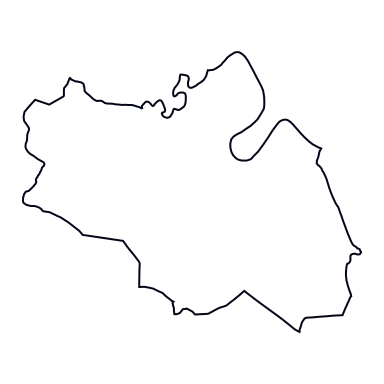 Kota Pangkal Pinang, Bangka-Belitung, Indonesia
{"feature_id": "22746128B92282941938888", "entity_name": "Kota Pangkal Pinang", "entity_type": "district", "adm_level": 2, "iso_a3": "IDN", "parent_name": "Indonesia", "parent_adm1": "Bangka-Belitung", "projection": "robinson", "projection_center": [106.108, -2.109], "detail": "fine", "context": "isolated", "style": "outline", "palette": "ink", "viewbox_px": 384, "rotation_deg": 0, "n_neighbors": 0, "source": "geoboundaries", "source_scale": "gbopen_adm2", "svg_char_len": 5831}
<svg xmlns="http://www.w3.org/2000/svg" viewBox="0 0 384 384"><path d="M139.2,287.0L144.4,286.8L149.8,287.8L153.4,288.7L158.2,291.1L162.4,292.9L166.5,296.7L172.0,300.9L173.4,301.7L172.9,302.0L172.7,302.3L172.6,302.7L172.5,303.0L172.8,303.7L173.1,305.7L173.9,307.9L173.9,310.5L174.4,314.2L176.9,314.1L179.9,313.0L182.8,309.2L186.6,308.8L186.7,308.6L192.3,311.5L195.1,314.5L208.1,313.8L217.4,308.8L219.7,307.7L224.4,306.3L226.6,305.4L229.7,302.9L233.6,299.9L239.5,295.1L244.2,290.9L253.5,298.1L261.0,303.7L277.1,315.4L282.8,319.7L289.7,325.2L294.4,329.1L297.0,330.7L299.5,331.9L299.7,329.5L300.7,326.7L301.5,323.7L302.4,321.6L304.6,318.5L306.3,317.7L312.3,317.4L318.9,316.8L327.4,316.2L333.8,315.6L342.5,315.2L345.2,308.7L350.1,297.8L350.9,296.2L351.2,296.1L350.7,293.8L349.4,290.5L348.7,288.1L348.1,286.6L347.4,284.0L347.4,283.7L346.5,280.6L345.9,274.7L346.2,268.6L347.0,264.1L347.3,263.7L348.5,263.4L349.2,262.7L350.1,261.4L350.4,260.3L350.5,258.5L350.3,258.0L350.5,255.8L351.3,254.5L351.5,254.4L352.4,254.1L353.6,253.8L354.6,253.7L356.1,254.0L357.0,254.4L358.5,254.5L359.8,254.2L360.5,253.3L360.9,252.7L361.0,251.6L360.0,250.6L359.7,249.3L359.2,248.9L357.3,248.3L357.3,248.1L357.5,248.1L357.1,247.9L355.4,246.5L354.2,245.8L352.9,244.7L352.1,243.3L351.1,241.5L350.0,238.8L347.9,233.8L346.7,230.6L345.7,228.0L344.1,223.5L343.8,222.8L342.8,220.1L341.2,215.1L340.2,212.9L339.7,211.3L338.8,208.6L338.3,207.4L337.8,206.5L336.8,205.2L335.9,203.7L334.8,201.5L332.0,195.3L330.5,191.4L329.1,187.5L328.0,183.8L327.2,181.2L326.5,179.0L325.4,176.3L323.3,172.0L322.4,170.8L321.6,168.9L321.0,167.8L320.4,167.2L320.1,166.8L319.3,165.9L318.4,165.4L317.7,164.8L317.3,164.1L316.8,163.6L316.7,163.4L316.9,160.8L318.4,156.6L319.2,152.8L319.2,152.7L319.4,151.7L321.2,148.5L318.0,147.2L312.8,144.4L308.7,141.2L304.1,136.9L300.3,132.8L292.9,124.4L290.1,121.7L287.5,120.0L285.2,119.6L283.1,119.9L281.0,120.7L279.2,121.9L277.2,124.2L272.6,130.4L267.5,138.4L263.4,144.4L258.1,151.6L254.6,155.1L250.8,159.2L247.1,160.5L241.6,160.5L238.5,159.7L236.0,158.3L233.2,155.3L231.5,152.2L230.4,147.8L230.3,143.6L231.3,139.3L233.6,136.5L237.2,134.2L241.2,132.3L246.0,128.9L250.7,125.8L254.8,122.1L257.6,119.3L260.5,114.6L263.7,109.1L264.1,107.2L264.3,104.8L264.3,101.2L264.1,96.5L263.1,90.5L261.4,86.4L256.5,77.1L253.7,71.6L251.1,66.8L248.0,61.0L244.9,56.5L242.1,54.0L239.3,52.3L237.4,52.1L235.6,52.3L234.2,52.8L232.3,54.0L229.9,55.5L227.2,57.7L224.6,60.9L222.7,62.8L221.2,64.8L220.2,65.6L218.3,66.9L216.5,68.1L213.9,69.6L212.3,69.9L209.4,70.3L207.9,70.2L207.2,72.3L206.1,76.3L204.8,78.3L203.5,80.2L202.0,81.3L200.8,82.3L198.1,83.9L196.2,85.6L193.4,87.0L192.5,87.5L191.6,87.7L190.5,87.9L189.4,87.4L188.5,86.7L188.1,85.2L187.9,83.5L188.1,81.4L188.7,80.1L188.8,78.4L188.6,77.3L187.9,76.2L186.5,75.4L182.1,74.6L180.5,74.6L180.1,75.4L179.8,77.5L179.7,79.3L179.4,80.6L178.0,83.5L177.3,84.6L176.6,85.6L175.0,87.4L174.3,88.6L173.4,90.8L173.2,92.2L173.1,93.6L173.4,95.3L173.8,96.1L174.5,96.4L175.5,96.0L176.8,95.0L177.5,94.0L178.6,93.0L180.1,92.6L181.5,92.6L182.8,92.5L183.9,92.9L184.9,93.3L185.4,94.3L185.8,95.9L185.8,98.6L185.8,99.6L185.6,102.1L185.0,104.7L184.0,106.5L182.7,107.5L181.0,108.8L179.2,109.9L177.9,110.0L176.9,109.5L176.1,109.4L175.2,109.0L173.9,108.9L173.4,109.5L173.1,110.7L172.8,112.0L172.2,113.4L171.6,114.4L170.9,115.4L170.4,116.4L169.7,116.9L168.6,117.5L167.1,117.8L165.8,117.5L164.5,117.0L163.5,116.5L162.7,115.5L162.1,114.6L161.8,113.3L162.3,112.6L163.3,112.4L164.8,111.6L165.1,110.6L165.0,108.9L163.3,104.4L162.2,102.0L161.4,101.0L160.9,100.5L160.1,100.3L159.3,100.3L158.1,100.9L155.8,102.9L155.0,103.7L154.5,104.4L154.2,105.2L153.3,105.9L152.5,105.9L151.5,105.0L150.8,104.0L149.9,103.0L149.3,102.5L148.3,101.9L147.6,101.7L146.4,101.7L145.7,101.9L144.6,102.9L144.1,103.6L143.1,104.5L142.6,105.2L142.0,105.9L141.9,107.2L142.1,108.2L141.3,108.3L139.9,107.3L137.3,106.6L135.3,106.0L133.5,105.3L131.1,105.0L128.9,105.0L125.0,104.8L122.3,104.9L120.4,104.8L118.2,104.5L116.0,104.4L114.5,104.1L112.3,103.7L110.7,103.7L107.0,103.5L104.8,103.0L102.9,101.6L101.3,100.8L98.3,100.8L97.1,101.0L95.6,100.5L93.2,99.0L91.4,97.3L89.0,95.1L87.3,93.7L85.7,92.4L84.6,90.9L84.3,86.9L83.9,86.1L83.8,85.0L83.6,84.3L83.1,83.6L82.4,83.1L81.5,82.6L81.1,82.4L80.1,82.1L78.8,82.0L77.2,81.4L76.4,81.5L75.3,81.3L73.9,80.7L71.9,79.7L71.3,79.6L70.8,78.8L70.2,78.1L69.9,78.0L69.7,78.1L69.3,78.9L69.0,79.9L68.3,81.6L67.5,83.8L66.9,84.7L65.6,86.2L64.9,87.2L64.3,87.7L64.0,88.8L63.9,90.8L63.9,93.1L63.9,95.6L63.7,96.2L63.1,96.6L61.3,97.7L49.2,104.6L45.7,103.4L35.1,99.8L29.2,106.3L24.5,111.9L24.3,113.0L23.7,116.0L23.6,116.6L23.8,118.9L24.2,121.1L26.0,123.6L28.3,126.9L28.9,128.2L29.0,129.2L28.8,130.5L27.7,133.1L27.5,133.9L27.2,135.6L27.2,136.5L27.1,138.5L27.0,139.6L26.8,141.0L26.4,142.2L25.8,143.5L25.6,145.0L25.5,147.0L26.1,149.0L27.2,150.7L28.3,152.1L29.9,153.7L32.0,155.0L33.3,155.7L35.0,157.0L38.0,159.2L43.6,162.3L44.2,163.3L44.4,164.3L44.2,165.1L44.0,165.7L43.6,166.0L43.2,166.4L42.8,166.7L42.0,167.8L41.7,168.4L41.4,169.8L40.9,171.1L40.6,171.4L40.1,172.0L39.6,173.5L39.1,174.2L38.7,174.9L38.0,175.6L37.6,176.7L37.2,177.3L36.6,177.9L36.2,178.8L36.0,179.5L35.9,180.6L36.2,181.6L36.3,182.1L36.0,182.9L35.5,183.9L34.8,184.5L33.6,186.2L32.9,186.9L32.2,187.6L29.3,190.4L28.5,191.0L27.4,191.2L25.8,191.7L24.0,194.3L23.8,195.2L23.6,196.4L23.2,197.1L23.1,197.8L23.1,198.9L23.0,199.8L23.0,201.1L23.1,202.0L23.5,202.7L24.1,203.3L24.9,203.8L25.8,204.5L26.9,205.0L28.1,205.3L30.0,205.8L31.4,206.0L32.6,206.0L34.2,206.0L36.4,206.5L37.3,206.8L39.5,207.8L40.5,208.5L41.5,209.3L42.1,210.3L43.4,211.3L44.8,211.5L48.3,212.0L50.0,212.4L51.7,213.2L55.5,215.0L58.0,216.3L60.2,217.1L62.7,218.7L65.1,220.3L68.0,222.1L79.3,230.9L82.7,234.9L123.1,240.9L127.3,246.8L131.1,251.6L134.6,255.8L138.7,261.3L139.4,262.4L139.7,263.7L139.4,272.1L139.2,287.0Z" fill="none" stroke="#020617" stroke-width="2"/></svg>